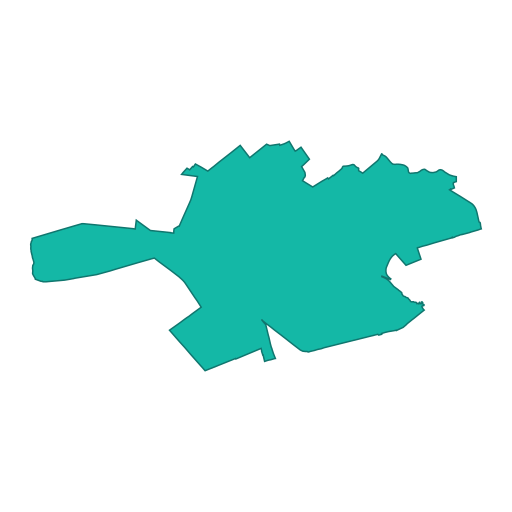 Ploiesti, Prahova, Romania
{"feature_id": "2599482B50570705182047", "entity_name": "Ploiesti", "entity_type": "district", "adm_level": 2, "iso_a3": "ROU", "parent_name": "Romania", "parent_adm1": "Prahova", "projection": "equal_earth", "projection_center": [26.026, 44.932], "detail": "fine", "context": "isolated", "style": "filled", "palette": "teal", "viewbox_px": 512, "rotation_deg": 0, "n_neighbors": 0, "source": "geoboundaries", "source_scale": "gbopen_adm2", "svg_char_len": 5855}
<svg xmlns="http://www.w3.org/2000/svg" viewBox="0 0 512 512"><path d="M205.1,370.7L235.5,358.5L235.8,359.0L261.1,348.4L261.5,350.2L261.7,350.9L261.6,351.3L262.8,355.1L263.1,355.0L264.6,361.4L268.0,360.3L269.8,359.9L270.6,359.8L274.6,358.6L275.4,358.5L273.4,353.5L272.3,350.1L272.1,349.6L271.9,348.7L271.6,347.9L271.3,347.3L270.4,343.9L268.9,337.3L268.2,334.8L265.9,325.3L265.6,324.5L265.2,324.0L263.3,321.9L261.7,319.8L261.5,319.4L261.9,319.9L263.1,321.1L265.1,322.7L266.6,323.9L271.1,327.3L273.7,329.4L274.3,329.9L280.6,334.7L293.9,345.1L300.3,350.0L302.8,351.2L305.4,351.5L307.1,351.5L308.1,352.0L308.9,351.9L310.3,351.4L314.7,350.4L315.2,350.2L317.5,349.5L318.8,349.2L320.0,349.0L321.3,348.7L322.2,348.4L323.8,347.8L325.3,347.4L377.8,334.3L378.7,335.1L381.7,334.3L381.5,333.5L385.2,332.4L388.5,331.6L393.9,330.7L396.3,330.2L396.4,330.5L403.1,327.4L405.7,325.2L406.5,324.5L406.9,324.0L407.2,323.7L412.4,319.5L413.5,318.7L421.3,312.4L424.2,310.1L423.6,309.5L422.8,308.5L422.2,307.3L421.9,306.6L421.9,306.4L422.0,306.2L422.2,305.9L422.5,305.8L423.0,305.8L423.8,305.6L424.0,305.3L424.1,304.9L423.6,304.4L422.6,303.8L422.5,303.0L422.7,302.6L422.1,301.9L421.9,301.8L421.7,302.0L422.0,302.5L421.8,302.9L421.7,303.3L421.2,303.6L421.0,303.8L420.7,303.7L420.5,303.4L419.9,303.0L419.9,302.4L419.6,302.3L419.5,302.5L419.7,303.2L419.7,303.6L418.8,303.7L418.7,303.4L418.5,303.7L418.3,303.8L417.6,303.4L417.2,303.5L416.8,303.6L416.6,303.2L416.6,302.9L416.3,302.5L416.2,302.4L415.6,302.3L415.2,302.2L414.9,302.3L414.6,302.3L414.2,302.1L413.6,301.9L413.4,301.7L412.5,301.8L411.3,301.8L411.0,301.7L410.5,301.3L409.8,300.1L409.0,299.4L408.6,299.0L408.4,298.5L408.2,298.2L407.7,297.9L406.3,297.4L405.8,297.3L405.1,296.6L404.8,296.5L403.6,296.2L403.2,295.9L402.8,295.4L402.6,294.9L402.1,294.4L402.0,294.1L401.9,293.7L401.9,293.2L401.6,292.5L399.3,290.6L398.7,290.4L398.4,289.9L393.8,286.5L393.2,285.8L389.9,281.9L388.9,280.8L388.3,280.3L386.2,278.7L384.2,277.7L381.8,276.7L381.8,276.3L381.9,276.1L384.4,277.1L390.5,279.5L390.8,278.8L390.0,278.3L388.9,277.3L388.0,276.4L387.1,275.2L386.5,274.1L386.2,273.1L386.0,272.0L385.9,271.1L386.0,269.0L386.1,268.4L386.3,267.6L386.9,266.1L388.4,262.5L389.4,260.4L390.2,259.0L391.1,257.7L391.9,256.7L392.5,256.0L394.2,254.6L395.7,253.6L406.0,265.3L412.9,262.5L421.0,259.2L417.3,248.0L417.3,247.8L417.6,247.6L418.6,247.5L422.6,246.2L427.0,245.1L434.1,242.9L450.9,238.1L452.1,237.3L452.2,237.9L454.2,237.3L456.3,236.2L457.3,235.9L457.6,235.9L460.4,234.8L462.2,234.4L462.2,234.5L469.4,232.6L471.0,232.0L478.3,229.9L479.0,229.6L480.1,229.2L481.3,228.9L481.0,227.8L480.5,225.1L480.5,224.8L480.4,223.8L480.3,223.3L480.1,222.6L479.8,222.3L479.6,222.3L479.2,222.0L479.0,221.9L476.9,212.4L476.0,209.5L475.3,208.0L474.2,206.2L473.2,205.0L472.2,204.0L471.2,203.3L461.1,196.9L453.7,192.4L451.6,191.1L449.5,189.8L450.7,188.9L451.0,189.4L454.4,187.9L454.0,186.4L453.3,184.4L453.2,184.0L453.2,183.6L453.4,183.0L454.0,182.5L453.9,182.4L455.9,181.7L456.3,181.6L456.3,176.7L453.6,176.2L451.6,175.6L449.4,174.9L444.4,171.8L443.7,171.1L442.1,170.1L441.4,169.9L440.3,169.7L439.4,169.9L439.0,170.0L437.1,171.4L435.9,172.0L433.1,172.6L432.5,172.6L430.9,172.5L429.7,172.3L428.9,171.9L427.0,170.8L425.3,169.6L424.8,169.3L424.0,169.3L423.0,169.5L422.1,169.8L420.8,170.6L420.0,171.3L418.2,172.3L417.5,172.7L416.4,172.8L415.6,172.8L413.0,173.1L411.3,173.2L410.6,173.4L409.9,173.2L409.4,173.0L408.7,172.3L408.5,171.7L408.3,170.9L408.2,170.0L407.8,168.1L407.1,167.3L406.2,166.5L404.5,165.4L403.0,164.9L400.4,164.4L399.2,164.3L398.1,164.2L396.5,164.2L395.0,164.4L393.5,164.2L392.8,164.1L391.7,163.3L390.4,162.0L387.2,158.1L386.1,156.9L384.9,156.0L383.0,155.1L382.5,154.8L382.3,154.2L381.6,153.9L379.5,158.0L379.0,158.9L378.2,160.0L376.8,161.4L375.8,162.2L362.7,173.2L360.9,172.0L358.7,170.7L358.6,170.1L358.7,168.4L358.4,168.0L357.1,167.5L356.5,167.1L355.7,166.6L354.2,164.9L353.5,164.6L352.7,164.5L351.6,164.8L349.2,165.6L347.6,165.9L345.7,166.1L343.5,166.2L343.1,166.3L342.4,167.2L342.2,167.7L342.2,168.0L342.0,168.4L339.2,170.9L336.8,172.8L333.6,175.7L333.1,175.3L328.5,178.9L328.0,178.3L327.7,177.9L325.9,179.0L322.0,181.2L312.7,187.0L306.2,183.0L302.7,180.8L302.5,180.7L304.2,177.6L304.6,177.4L305.0,176.5L305.3,175.7L305.2,174.3L304.9,172.4L301.6,166.6L303.8,164.6L309.4,159.2L301.0,147.2L296.4,150.5L295.2,151.1L294.0,149.4L289.2,141.3L286.0,143.0L284.2,143.8L279.8,145.3L279.5,144.1L269.8,145.6L266.6,144.2L249.7,157.7L240.2,145.4L230.8,152.9L219.0,162.1L213.7,166.5L212.2,167.6L207.8,171.1L201.1,167.1L195.4,164.0L193.6,166.6L193.4,166.9L192.6,166.5L189.7,169.8L187.0,168.2L183.1,172.5L181.6,174.4L197.5,176.5L191.9,196.4L190.8,199.9L189.2,203.6L182.6,218.4L179.2,226.2L178.7,226.1L174.1,228.8L173.9,230.1L173.7,233.1L170.6,232.8L170.6,232.6L150.4,230.5L136.3,220.2L135.2,229.0L133.7,228.8L133.5,228.7L117.8,227.1L95.1,224.8L84.6,223.8L83.5,223.7L82.4,223.7L81.9,223.7L80.5,224.1L73.9,226.0L67.1,228.0L60.6,229.9L32.1,238.4L32.2,238.9L32.1,240.3L31.3,241.7L31.1,242.8L30.8,243.7L30.7,244.1L30.7,245.0L30.9,246.2L30.8,248.0L30.8,248.6L30.9,249.6L31.1,250.3L31.1,251.4L31.6,253.5L32.2,255.8L32.5,257.7L32.7,258.4L33.0,259.1L33.3,260.2L33.7,261.5L33.9,262.5L33.8,263.4L33.6,264.1L33.4,264.6L33.3,264.8L33.0,265.0L32.9,265.1L32.8,265.4L32.5,268.1L32.8,270.9L32.6,273.1L32.6,273.6L33.0,274.6L33.4,275.3L34.0,276.4L35.4,278.7L35.2,278.7L35.3,279.2L41.0,281.3L42.6,281.4L42.9,281.6L43.0,281.8L45.9,281.8L51.3,281.3L60.5,280.5L64.7,280.1L69.5,279.3L72.8,278.7L73.5,278.6L75.0,278.2L96.7,274.6L110.2,270.9L115.3,269.3L138.5,262.5L151.5,258.8L154.4,258.1L158.8,261.6L170.7,270.4L179.0,276.8L182.4,279.9L183.0,280.5L184.5,282.2L185.0,282.9L186.7,285.4L194.8,297.5L197.2,300.9L201.2,307.2L191.9,314.0L189.1,316.2L187.1,317.5L185.1,318.9L179.9,322.8L169.5,330.2L179.6,341.8L184.6,347.3L191.2,355.0L205.1,370.7Z" fill="#14b8a6" stroke="#0f766e" stroke-width="1.5"/></svg>